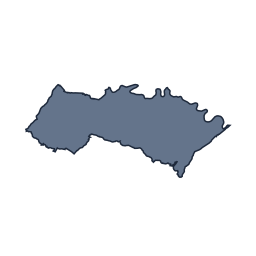 Farcasesti, Gorj, Romania (Natural Earth projection), rotated 341°
{"feature_id": "2599482B37967446659038", "entity_name": "Farcasesti", "entity_type": "district", "adm_level": 2, "iso_a3": "ROU", "parent_name": "Romania", "parent_adm1": "Gorj", "projection": "natural_earth1", "projection_center": [23.175, 44.859], "detail": "fine", "context": "isolated", "style": "filled", "palette": "slate", "viewbox_px": 256, "rotation_deg": 341, "n_neighbors": 0, "source": "geoboundaries", "source_scale": "gbopen_adm2", "svg_char_len": 5817}
<svg xmlns="http://www.w3.org/2000/svg" viewBox="0 0 256 256"><g transform="rotate(341 128 128)"><path d="M225.2,158.7L223.1,157.8L221.9,158.3L220.9,159.1L218.6,159.9L218.1,159.9L217.7,159.6L217.4,158.3L217.6,157.2L217.9,156.6L220.0,154.6L220.5,153.5L220.7,151.0L220.3,149.1L219.6,147.6L219.0,147.0L217.2,145.9L215.9,145.5L213.9,145.7L209.6,148.1L208.5,148.5L207.3,148.6L206.3,148.5L205.1,148.1L203.5,147.0L203.0,145.9L202.9,145.3L203.3,143.0L204.0,141.0L205.7,139.3L207.3,138.9L208.1,138.4L208.6,137.6L208.6,137.1L208.3,136.4L208.0,136.0L207.2,135.7L203.1,136.0L200.2,134.6L199.4,134.0L198.9,133.1L198.9,132.1L199.4,131.4L201.2,129.3L201.5,127.8L201.4,127.4L201.0,126.9L199.7,126.2L195.9,126.2L194.5,125.5L194.1,125.2L192.6,122.8L189.8,120.0L189.0,119.0L188.7,118.1L188.6,116.5L188.4,115.9L188.0,115.4L187.5,115.2L185.7,115.2L184.9,114.8L184.4,114.2L183.9,113.9L181.5,113.5L180.7,112.9L179.1,111.2L178.7,110.1L178.7,109.1L178.9,108.4L179.8,106.7L179.5,105.5L178.7,104.3L178.6,103.4L178.3,102.6L177.5,102.6L176.9,102.9L176.2,103.5L175.3,103.9L174.5,104.6L174.1,105.6L173.5,108.4L173.0,109.2L171.9,109.8L171.1,109.7L170.1,109.1L169.7,108.3L169.9,106.5L170.7,105.0L170.9,104.3L171.0,102.5L170.8,101.7L169.7,101.0L168.7,100.6L167.3,100.7L166.8,101.3L166.4,102.2L166.2,103.8L165.1,105.7L162.6,106.6L160.9,107.6L159.8,107.7L158.0,107.3L155.6,106.2L153.9,105.8L153.4,104.8L153.4,102.5L153.1,101.9L152.1,101.0L151.6,100.7L150.2,100.4L146.5,98.9L144.6,97.2L143.3,96.6L142.1,95.6L141.7,94.9L141.6,94.3L141.7,93.9L142.9,93.3L146.2,92.5L148.8,92.4L150.9,91.7L151.1,91.6L151.4,91.1L151.0,90.4L149.3,89.4L148.0,89.1L140.1,88.9L138.9,88.2L136.3,85.9L135.3,85.8L134.6,86.0L134.2,86.3L132.6,88.1L132.0,88.5L131.5,88.7L130.4,88.8L128.3,89.6L126.5,89.7L125.3,89.3L124.8,88.9L124.0,86.1L124.2,85.2L124.1,84.4L123.9,83.9L123.2,83.4L122.9,83.4L122.5,84.2L122.0,84.6L119.8,84.6L118.7,84.9L118.7,85.3L118.8,85.9L118.7,86.6L118.3,87.1L117.9,88.4L117.0,89.1L112.3,91.0L110.5,91.4L109.7,91.8L106.2,89.7L105.3,89.5L105.4,89.2L104.1,88.6L104.0,88.8L104.2,89.1L102.9,88.2L102.6,87.7L102.4,87.7L102.3,87.4L102.2,87.0L102.4,86.7L102.2,84.7L101.5,84.5L99.6,82.8L99.1,82.7L98.6,83.3L98.1,83.1L98.2,82.7L98.0,82.2L97.7,81.5L97.5,81.4L97.3,81.6L96.2,81.2L96.6,80.4L89.8,77.7L87.5,77.0L85.6,76.0L85.3,76.2L84.6,76.1L83.8,75.3L83.0,75.0L82.8,75.1L82.4,74.7L82.1,74.9L79.4,72.5L79.8,72.1L79.7,72.0L80.1,71.7L78.1,66.6L77.8,66.5L77.5,66.0L77.6,65.8L77.5,65.4L77.3,65.3L76.9,65.6L76.4,65.0L76.4,64.6L76.8,64.2L76.2,64.5L75.9,64.3L73.4,65.5L73.0,65.9L71.4,66.9L70.4,67.2L68.8,68.5L67.7,70.3L67.1,71.5L66.4,72.1L65.7,73.0L63.3,73.9L62.3,75.0L61.4,75.6L60.9,76.6L59.8,77.6L58.0,78.6L57.2,78.8L55.7,79.7L54.2,79.9L51.9,81.1L48.8,84.8L47.9,85.5L45.2,86.9L45.0,87.6L44.9,90.1L43.4,90.2L42.0,90.7L40.1,91.8L37.5,92.7L36.1,93.9L34.9,94.3L34.1,95.2L33.0,95.9L31.0,96.0L31.1,97.3L30.8,98.0L31.9,98.0L32.7,99.1L33.7,99.4L35.1,100.1L35.2,100.7L35.0,101.0L35.0,101.8L35.3,102.4L35.3,103.0L35.0,104.8L35.4,105.6L35.8,106.4L36.3,106.9L37.8,107.8L38.1,108.5L39.3,109.6L39.5,110.5L39.3,111.3L39.5,112.7L39.4,113.1L39.9,113.5L40.8,114.9L40.4,115.9L41.4,116.1L42.4,116.5L42.4,116.2L42.0,115.6L42.9,115.2L43.3,116.1L44.3,116.9L44.5,117.8L44.4,118.6L44.5,119.0L45.3,119.0L45.3,119.4L45.1,119.8L46.0,120.6L46.0,120.9L46.5,121.2L46.9,120.9L48.4,121.4L49.4,122.5L51.6,123.6L51.2,124.7L49.8,125.4L51.4,126.8L54.6,123.9L54.9,124.5L56.1,125.2L56.5,125.6L58.6,126.1L60.7,127.4L60.9,127.3L61.4,127.5L61.5,127.7L62.2,127.0L63.0,127.2L63.2,127.3L63.2,127.7L63.6,127.9L66.9,132.0L68.6,134.9L72.3,132.7L73.0,132.9L73.7,132.4L75.5,131.6L76.7,131.3L78.2,131.6L79.2,131.2L80.4,130.4L83.0,129.9L83.1,129.4L83.4,129.1L84.3,128.5L84.7,128.0L85.2,127.9L86.5,127.3L86.6,127.0L87.3,126.3L86.9,125.8L88.7,124.4L89.3,124.4L88.2,123.2L89.6,122.2L90.2,122.4L90.7,122.3L91.2,121.8L92.1,122.2L93.7,123.4L93.8,123.4L95.4,124.3L96.1,124.9L96.8,125.9L98.2,127.1L98.4,126.9L98.8,127.4L100.5,128.4L101.3,129.5L101.5,130.6L102.2,131.7L103.0,132.0L103.3,132.4L103.9,132.5L105.8,133.9L106.6,134.3L108.5,136.0L109.3,136.3L110.5,136.3L111.3,136.6L111.8,136.6L112.1,136.4L112.9,136.5L113.5,136.8L114.3,137.9L116.0,137.9L115.6,138.3L116.0,138.9L115.9,140.7L116.4,141.3L116.8,142.2L117.5,142.9L118.9,143.5L119.4,143.9L120.3,143.9L123.0,144.6L126.3,148.0L127.1,148.3L127.3,149.1L127.9,149.5L130.6,150.3L132.8,150.6L133.0,151.1L133.6,151.6L134.1,152.6L134.2,153.7L134.9,154.7L134.7,156.0L135.0,156.9L136.1,159.0L136.1,159.8L136.8,160.8L138.5,161.8L139.0,162.5L139.8,163.1L140.2,163.7L140.4,164.5L140.6,165.6L140.0,166.7L140.5,168.0L140.9,168.2L141.0,168.5L141.7,167.9L142.1,168.2L142.9,167.6L143.5,167.5L147.4,169.0L148.0,169.9L148.0,171.4L148.6,172.3L149.3,172.7L149.5,172.5L150.2,173.2L151.8,174.1L153.3,174.3L154.3,174.1L154.8,174.6L154.8,174.9L155.8,175.9L156.5,175.9L156.7,176.2L156.4,176.8L155.6,177.3L157.3,178.3L158.8,177.3L159.0,177.3L159.6,177.8L159.8,177.7L159.9,177.3L160.2,177.2L160.9,177.4L161.3,177.1L161.2,176.6L161.6,176.6L161.6,176.3L161.2,176.0L161.6,175.6L162.4,176.3L163.2,175.7L163.4,175.9L161.5,177.4L158.3,179.2L157.8,181.0L157.9,182.2L158.5,183.6L158.8,183.9L161.0,184.5L160.8,185.2L161.1,185.5L160.9,186.2L159.9,187.3L159.5,187.5L160.2,188.7L160.0,189.0L160.2,189.4L160.0,189.6L160.6,191.1L160.8,191.3L161.3,191.3L162.0,191.8L163.5,191.4L163.7,190.6L164.4,189.6L166.7,187.9L167.2,187.3L167.5,186.0L167.9,185.3L168.8,184.3L169.3,183.4L169.9,183.1L170.9,183.1L171.9,182.6L173.0,182.4L173.8,182.0L174.8,180.8L178.2,178.2L178.9,177.2L179.1,176.5L179.6,175.9L180.7,175.2L181.7,173.6L182.8,172.8L183.3,172.1L188.5,171.8L190.4,171.3L191.7,170.7L200.1,168.6L201.5,167.9L202.1,167.8L203.3,166.6L207.9,164.3L208.8,164.9L209.4,164.1L210.2,163.6L210.9,164.0L211.4,163.5L212.4,163.6L212.8,163.4L219.1,161.1L220.9,160.1L222.3,160.0L225.2,158.7Z" fill="#64748b" stroke="#1e293b" stroke-width="1.5"/></g></svg>